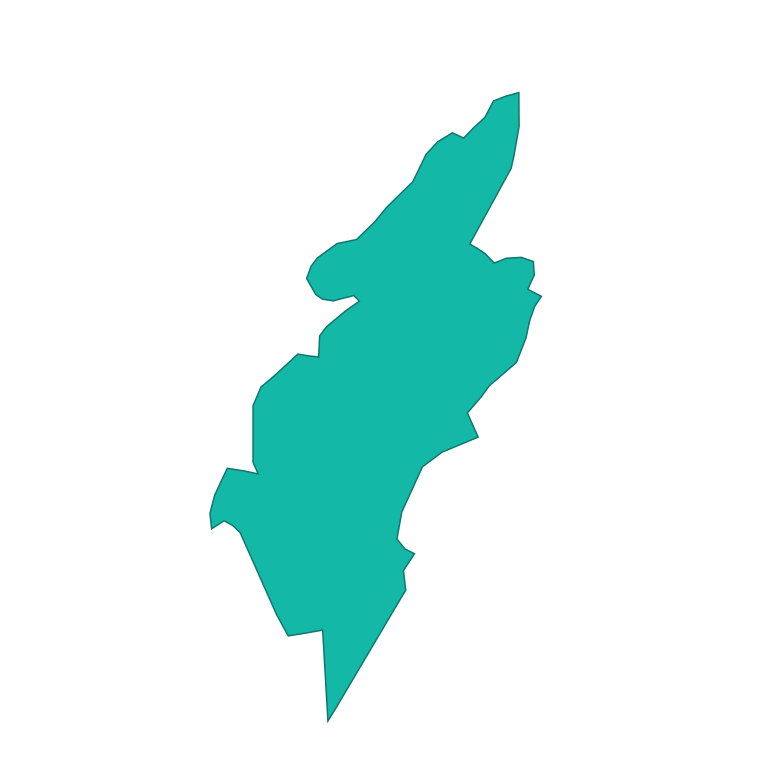 the district of São Vicente Férrer, Pernambuco, Brazil, rotated 30°
{"feature_id": "56859067B99318407457286", "entity_name": "São Vicente Férrer", "entity_type": "district", "adm_level": 2, "iso_a3": "BRA", "parent_name": "Brazil", "parent_adm1": "Pernambuco", "projection": "equal_earth", "projection_center": [-35.495, -7.602], "detail": "fine", "context": "isolated", "style": "filled", "palette": "teal", "viewbox_px": 768, "rotation_deg": 30, "n_neighbors": 0, "source": "geoboundaries", "source_scale": "gbopen_adm2", "svg_char_len": 1114}
<svg xmlns="http://www.w3.org/2000/svg" viewBox="0 0 768 768"><g transform="rotate(30 384 384)"><path d="M290.4,535.4L292.9,564.7L297.9,582.9L307.1,595.6L313.9,582.4L323.7,582.2L333.7,584.6L406.1,637.3L427.0,650.0L437.4,641.6L453.9,627.8L463.4,642.2L503.9,703.8L504.4,688.2L505.7,561.9L506.0,551.8L494.1,535.8L495.3,515.7L484.7,516.4L472.7,511.8L463.4,485.9L458.7,436.5L468.3,414.0L492.1,382.9L470.7,367.4L474.7,346.2L476.0,333.1L487.9,299.2L483.9,273.0L478.4,256.0L475.7,241.5L476.5,229.4L461.1,230.1L459.7,214.5L452.1,203.3L439.5,205.7L427.1,213.9L419.0,224.2L406.5,220.6L397.2,219.9L388.3,219.9L386.3,133.6L382.6,121.9L372.3,93.6L355.1,64.2L345.7,73.7L337.3,84.1L338.1,102.5L333.3,118.0L330.0,131.2L317.6,132.3L309.4,147.4L305.6,164.0L307.8,194.4L297.9,229.9L295.0,247.8L288.0,272.6L273.2,285.8L263.3,308.0L262.0,318.6L264.2,331.3L280.1,340.6L288.4,341.3L298.4,337.4L313.6,322.5L321.3,324.6L314.3,339.5L305.6,363.1L304.2,374.5L313.9,393.3L305.0,397.2L294.5,401.1L285.1,431.1L279.0,448.1L281.4,468.2L309.8,517.4L320.0,524.8L306.6,529.1L290.4,535.4Z" fill="#14b8a6" stroke="#0f766e" stroke-width="1.5"/></g></svg>